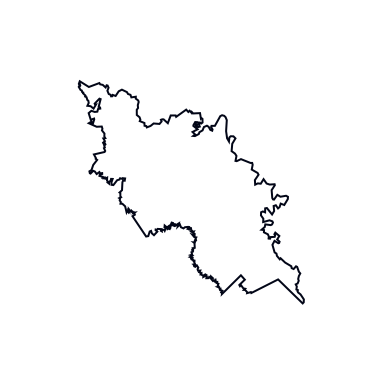 outline of Minatitlán, Veracruz, Mexico, rotated 336°
{"feature_id": "50627088B22697915736316", "entity_name": "Minatitlán", "entity_type": "district", "adm_level": 2, "iso_a3": "MEX", "parent_name": "Mexico", "parent_adm1": "Veracruz", "projection": "natural_earth1", "projection_center": [-94.427, 17.705], "detail": "fine", "context": "isolated", "style": "outline", "palette": "ink", "viewbox_px": 384, "rotation_deg": 336, "n_neighbors": 0, "source": "geoboundaries", "source_scale": "gbopen_adm2", "svg_char_len": 6091}
<svg xmlns="http://www.w3.org/2000/svg" viewBox="0 0 384 384"><g transform="rotate(336 192 192)"><path d="M112.8,127.1L109.1,131.1L106.7,131.4L106.3,133.3L106.8,133.9L110.4,132.5L111.6,133.8L112.2,136.8L115.5,136.1L115.6,137.6L117.6,138.2L117.3,139.0L114.8,138.6L114.0,139.7L116.5,141.7L116.0,142.5L116.9,142.7L116.7,143.4L118.3,143.3L118.2,144.6L120.3,144.4L119.0,147.0L119.6,148.8L118.8,149.0L119.7,150.7L120.1,149.2L122.3,148.5L123.4,147.1L124.8,147.8L122.2,150.6L121.7,152.9L123.0,153.7L128.4,150.8L130.8,151.1L131.9,150.2L133.8,151.8L134.3,151.2L136.4,152.4L135.1,154.3L133.8,153.4L132.4,154.8L128.8,161.9L125.6,163.0L126.1,163.8L124.8,166.8L125.1,167.9L123.1,168.0L123.6,168.8L122.5,170.3L122.9,172.2L121.9,173.6L123.6,174.4L125.1,177.9L124.0,183.8L125.0,182.9L125.5,184.3L126.3,182.7L126.7,184.2L127.4,182.2L128.0,184.5L128.9,184.3L128.8,185.5L130.5,185.6L129.5,186.0L130.6,186.8L129.8,187.4L131.3,187.7L130.3,188.1L130.5,189.5L127.8,189.9L132.0,214.0L134.1,214.5L137.3,210.9L138.8,210.9L138.5,213.4L139.7,216.0L144.2,214.1L143.2,212.0L143.4,211.7L143.9,212.6L145.5,211.7L149.0,213.5L147.8,214.8L148.4,215.6L148.6,214.9L150.1,214.8L151.2,215.3L151.3,216.3L153.4,214.2L152.5,213.1L153.4,211.5L154.4,213.6L156.2,214.3L154.8,214.8L154.6,215.8L157.0,215.1L155.9,217.3L157.7,216.0L157.2,213.6L158.1,213.5L159.2,215.1L159.0,213.5L161.0,211.7L161.9,212.5L161.1,213.3L162.3,213.9L160.8,214.5L162.3,216.1L163.2,216.1L162.5,215.4L163.3,214.8L163.9,215.7L167.1,215.3L165.1,217.7L167.7,216.7L167.6,219.7L169.4,221.8L171.2,221.3L174.3,222.3L174.8,222.6L173.0,223.9L173.9,224.6L176.1,223.4L175.1,224.8L176.3,224.8L175.8,226.8L176.2,227.3L175.9,228.0L175.0,227.6L175.2,228.1L177.5,228.8L176.4,229.5L177.3,231.1L176.1,232.0L174.9,231.0L175.4,232.8L176.7,232.7L175.9,234.2L177.4,235.2L176.3,236.1L176.1,237.8L175.0,238.3L175.4,239.1L174.7,237.7L173.9,238.7L174.8,239.7L173.0,238.7L173.5,239.7L171.8,244.1L170.1,243.8L170.5,245.2L169.8,244.2L169.4,245.3L168.2,244.2L169.0,246.0L168.6,246.8L167.0,246.8L166.7,249.2L165.1,249.1L166.3,250.3L163.8,250.6L165.4,252.0L164.1,252.4L164.1,253.3L164.8,254.1L165.5,253.1L165.2,255.1L167.1,256.0L165.5,256.0L165.5,259.2L164.2,258.9L164.9,260.0L163.8,260.2L163.8,260.8L164.6,261.7L166.6,261.1L167.0,263.6L165.7,264.8L165.5,266.3L167.5,267.1L166.0,268.2L167.0,269.0L166.4,270.5L167.5,270.3L167.0,271.4L168.4,273.5L167.9,274.2L169.8,274.1L169.6,272.8L170.7,272.7L171.4,273.8L170.3,274.5L171.1,275.3L170.1,276.6L172.0,277.4L173.2,276.5L174.3,278.1L175.0,276.9L175.9,279.0L174.1,278.9L174.9,281.7L176.0,281.4L176.2,282.7L177.7,282.0L177.2,284.3L178.4,284.5L177.8,285.5L178.8,286.6L177.6,287.7L178.0,289.3L176.8,289.1L178.0,290.4L177.8,292.5L178.6,292.3L178.3,293.5L179.5,294.5L177.8,295.6L178.4,296.6L177.9,297.4L202.8,288.0L204.6,293.6L197.4,296.2L197.5,297.6L198.9,297.1L199.7,300.9L201.2,302.0L199.7,302.6L200.7,303.1L201.7,306.1L201.2,306.8L205.1,307.4L205.1,308.4L235.1,306.9L247.8,338.8L249.2,338.2L250.5,335.6L249.5,329.7L248.1,327.0L248.0,325.6L248.8,324.7L247.7,323.5L249.3,321.0L249.2,318.6L251.3,318.5L253.4,316.5L253.6,314.7L255.4,312.3L257.8,310.4L257.2,308.3L257.6,303.2L256.8,302.2L253.5,303.7L252.1,302.1L252.5,300.2L248.4,294.4L246.0,288.6L244.8,289.2L243.6,284.9L244.1,282.6L242.9,280.8L244.0,273.0L247.5,270.2L250.0,273.9L250.9,274.0L251.8,273.0L250.5,270.0L253.9,267.7L251.6,263.0L250.1,264.1L250.4,265.3L249.3,266.6L245.6,265.2L244.4,266.3L243.7,265.5L242.6,266.4L244.1,263.9L244.1,261.5L241.3,258.1L242.3,256.1L240.2,254.8L244.2,253.6L245.8,251.4L250.5,254.3L251.9,254.2L253.5,252.9L253.5,251.5L251.3,249.4L244.8,248.4L246.3,245.4L245.5,241.4L246.9,238.6L248.8,238.6L250.5,240.3L252.2,236.7L253.9,237.1L256.0,245.1L259.3,242.8L260.9,238.0L263.2,238.2L263.9,242.0L265.9,241.4L268.3,238.7L271.0,241.4L276.7,237.4L277.7,235.4L276.4,233.7L270.9,232.3L268.8,229.3L263.8,232.3L263.0,231.7L262.9,230.1L265.5,222.7L270.4,219.5L270.6,218.5L266.0,216.8L263.6,214.6L262.6,209.4L258.2,212.4L255.6,210.9L252.7,211.0L254.3,206.7L259.8,203.3L259.7,201.3L255.7,195.8L258.5,191.8L258.8,189.9L257.2,189.2L250.1,181.9L245.4,182.0L244.4,181.3L247.3,177.1L246.9,174.4L244.8,170.8L248.4,164.3L253.5,160.7L252.5,158.0L250.0,156.8L248.3,157.4L246.3,160.9L245.9,157.2L247.9,150.3L253.0,140.5L253.1,137.3L252.4,135.5L250.7,134.1L248.7,134.2L239.8,140.9L236.7,139.5L235.9,140.4L236.2,143.2L235.4,144.2L234.0,142.7L233.7,139.2L232.6,137.5L229.3,137.5L226.7,140.0L223.1,140.4L221.8,141.8L217.4,142.1L216.0,141.3L218.3,140.8L216.9,137.4L222.6,137.0L220.1,132.2L220.5,131.5L223.4,129.4L225.7,130.6L226.1,131.5L225.5,132.3L224.1,132.8L223.4,131.5L222.4,132.8L224.0,135.2L225.7,135.4L225.8,133.5L227.6,131.9L228.4,133.2L229.9,132.8L231.3,129.5L230.7,128.3L230.0,128.6L231.4,123.2L225.0,120.7L224.4,118.9L223.8,119.6L222.9,116.8L221.2,117.4L220.2,114.4L208.1,116.9L208.2,115.4L203.7,113.4L197.9,119.3L195.6,114.1L194.3,113.5L193.0,113.4L192.9,115.2L190.0,116.6L184.8,113.8L181.0,114.8L177.0,114.6L177.1,113.2L175.6,112.2L176.6,109.6L173.1,106.0L174.3,104.8L174.5,102.4L172.9,99.2L175.0,94.4L176.9,93.3L177.8,90.6L179.9,88.1L180.1,86.5L178.6,83.8L179.4,82.1L175.1,80.9L175.3,78.2L173.4,76.4L173.2,74.3L169.6,70.0L166.0,70.2L161.3,73.2L159.1,71.1L158.1,72.1L157.0,71.7L157.2,70.1L155.8,68.6L155.9,65.1L158.2,62.8L158.2,60.4L157.4,59.8L155.6,61.4L154.0,57.8L151.9,56.3L151.7,54.8L140.5,54.1L134.5,45.2L132.6,47.2L132.6,48.3L133.4,48.1L133.2,49.4L132.5,49.8L132.5,49.0L131.3,49.9L131.7,53.5L132.6,54.5L132.3,56.0L133.1,56.9L132.6,57.5L133.9,60.6L133.2,61.3L134.2,62.5L133.8,65.3L134.4,66.4L133.9,68.6L131.5,70.7L134.3,72.4L136.0,75.8L139.8,73.1L139.0,72.9L139.0,71.7L145.4,69.1L146.3,70.0L141.3,76.3L142.4,77.4L142.1,78.5L139.9,78.0L138.2,80.1L135.7,79.3L133.1,76.9L129.7,77.9L128.9,84.8L132.4,85.1L132.2,85.9L129.5,89.0L128.6,88.8L128.8,86.8L125.7,87.2L131.4,93.6L136.2,95.5L135.9,97.8L134.8,99.1L135.8,103.0L134.5,105.6L134.7,107.5L132.8,107.0L133.1,110.1L130.8,110.8L130.9,112.3L132.2,111.4L132.3,113.3L130.6,114.1L130.5,115.8L129.4,116.1L129.4,119.2L128.4,119.9L117.7,117.8L118.0,122.0L117.5,122.5L118.4,124.1L112.8,127.1Z" fill="none" stroke="#020617" stroke-width="2"/></g></svg>